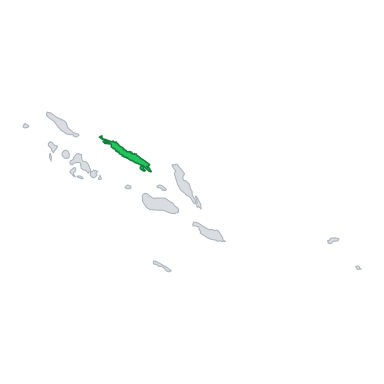 Isabel highlighted on a map of Solomon Islands
{"feature_id": "SLB-1264", "entity_name": "Isabel", "entity_type": "Province", "adm_level": 1, "iso_a3": "SLB", "parent_name": "Solomon Islands", "parent_adm1": "", "projection": "orthographic", "projection_center": [158.985, -7.976], "detail": "fine", "context": "in_parent", "style": "filled", "palette": "green", "viewbox_px": 384, "rotation_deg": 0, "n_neighbors": 0, "source": "natural_earth", "source_scale": "10m", "svg_char_len": 7466}
<svg xmlns="http://www.w3.org/2000/svg" viewBox="0 0 384 384"><path d="M146.6,193.5L153.3,198.4L156.1,198.0L164.9,198.1L170.0,201.6L173.0,203.3L174.7,206.4L176.8,207.1L178.1,208.7L178.8,211.7L175.6,213.2L173.7,213.7L168.6,212.6L163.8,210.3L154.2,210.0L149.7,209.4L148.2,208.5L146.7,207.4L144.5,204.6L142.7,201.4L142.4,199.6L142.3,196.0L142.8,194.7L144.7,193.4L146.6,193.5ZM176.9,164.2L184.4,173.4L184.1,175.0L183.1,176.1L182.8,179.1L183.7,180.3L185.8,180.8L189.2,184.1L190.7,189.4L192.1,191.2L192.2,195.0L195.4,200.3L195.7,202.9L195.4,204.0L194.0,203.4L190.1,197.3L185.6,194.7L185.1,193.6L180.6,190.1L177.5,184.1L174.3,173.6L175.8,171.1L172.1,166.0L172.3,164.7L175.0,164.9L175.5,164.3L176.9,164.2ZM149.6,168.7L150.6,171.6L146.5,169.0L143.5,165.9L134.7,162.5L132.8,160.7L131.2,160.5L126.7,157.7L122.2,155.8L118.8,152.3L117.2,151.7L114.4,148.9L111.7,147.1L110.8,143.8L108.1,141.6L107.5,140.6L115.9,142.4L119.8,146.0L123.1,148.1L124.3,149.5L127.3,151.6L129.9,151.7L132.6,153.8L135.1,154.3L137.0,155.4L149.5,164.5L148.0,167.0L149.6,168.7ZM205.7,227.9L209.5,229.7L211.7,229.4L214.9,230.7L217.4,230.0L218.9,231.6L222.8,237.9L222.8,239.9L225.3,241.3L223.2,241.6L220.2,240.8L217.8,241.3L215.4,240.1L211.3,239.4L207.8,238.0L200.3,233.3L200.4,231.0L199.2,229.9L198.8,227.0L196.2,226.1L193.0,225.9L192.8,224.6L193.4,222.2L195.7,222.2L198.5,223.2L205.7,227.9ZM78.0,134.1L79.0,135.2L76.6,137.0L73.5,136.0L72.8,134.4L70.6,134.8L66.3,133.9L60.3,129.6L53.9,121.4L47.8,116.8L46.6,115.4L46.5,113.1L47.3,112.1L51.1,113.1L56.0,116.8L64.1,120.7L66.3,122.7L67.7,127.5L69.1,128.9L73.4,132.6L78.0,134.1ZM86.5,162.0L88.4,164.5L90.6,170.1L90.2,172.0L88.6,172.1L88.2,173.3L86.1,170.6L83.2,169.9L81.2,168.2L80.3,162.9L78.6,162.5L74.0,163.0L72.5,164.8L70.4,164.3L69.9,162.7L70.3,161.1L73.1,159.5L73.6,157.6L76.4,154.1L78.2,153.5L81.5,154.8L81.9,159.6L83.1,161.2L86.5,162.0ZM171.2,270.8L169.1,271.9L167.2,271.3L165.7,270.5L164.6,268.2L162.0,266.7L158.4,266.1L156.5,264.5L154.0,264.1L153.3,262.8L153.5,261.5L153.9,260.8L156.3,261.4L167.4,267.7L171.2,270.8ZM53.8,152.3L53.3,152.8L52.2,151.1L51.5,150.6L51.5,148.8L48.4,145.8L48.2,143.7L49.9,141.7L52.3,142.8L54.7,145.4L57.5,146.2L56.9,147.9L54.4,150.9L53.8,152.3ZM69.1,157.1L67.9,158.4L64.6,158.2L62.0,155.1L62.1,152.8L64.0,150.6L66.4,150.2L67.7,151.0L68.9,152.8L69.4,155.1L69.1,157.1ZM96.9,175.5L94.0,177.9L91.8,177.1L90.0,175.0L90.9,171.9L92.7,171.2L93.6,170.1L96.9,171.0L97.7,171.6L95.7,173.1L96.8,174.3L96.9,175.5ZM338.0,240.8L333.0,241.4L331.1,243.5L328.5,243.3L327.7,241.4L327.7,240.6L329.1,240.7L329.8,239.0L331.3,238.1L334.8,237.8L338.9,238.8L337.9,240.4L338.0,240.8ZM200.8,204.5L201.0,208.9L198.7,206.5L197.6,207.4L196.7,206.2L196.9,201.1L195.4,196.2L196.6,196.6L200.8,204.5ZM75.2,176.5L75.2,176.9L73.5,176.0L69.8,171.9L70.5,170.5L73.8,167.8L74.9,167.5L75.8,169.1L75.0,171.6L73.9,172.2L73.5,174.5L75.2,176.5ZM159.3,185.0L161.8,185.4L166.5,189.5L165.4,190.7L163.2,190.1L162.5,190.4L161.8,189.0L159.5,187.8L157.4,187.6L157.1,186.2L159.3,185.0ZM129.6,188.9L126.1,188.5L125.0,187.4L126.3,185.9L127.9,184.9L129.3,185.8L130.8,186.0L131.0,188.0L129.6,188.9ZM28.0,127.2L24.9,128.0L23.0,127.0L23.9,124.7L24.9,123.5L28.7,125.6L28.0,127.2ZM144.8,170.1L143.3,170.5L141.2,169.4L140.3,168.3L140.7,166.7L142.0,166.1L143.4,167.2L143.5,168.3L144.8,170.1ZM361.0,269.0L358.3,269.4L357.3,269.3L355.6,266.6L356.9,266.0L358.8,266.3L359.4,267.8L361.0,269.0ZM83.0,177.8L82.9,178.9L81.2,178.6L77.3,177.0L77.1,176.2L79.3,175.9L80.9,176.1L83.0,177.8ZM51.6,157.7L51.0,160.7L49.4,157.0L49.7,153.8L50.3,153.5L51.6,157.7ZM101.4,178.9L99.1,179.8L98.4,178.6L100.0,175.3L101.4,178.9Z" fill="#d9dde1" stroke="#a8b0b8" stroke-width="1"/><path d="M150.0,170.2L150.9,170.9L151.2,171.4L150.8,171.8L150.5,171.7L149.6,171.1L149.4,171.1L149.1,171.2L148.9,171.1L148.7,170.8L148.6,170.6L148.1,170.4L147.7,169.8L147.1,169.6L146.9,169.4L146.5,168.8L145.5,168.1L145.2,167.8L145.2,167.5L145.2,167.2L144.7,166.9L144.4,166.7L142.9,165.5L140.4,164.9L139.3,164.3L138.6,164.0L137.9,163.4L137.4,163.1L136.9,163.0L136.5,163.1L135.5,162.5L134.9,162.4L134.4,162.5L134.1,161.8L133.8,161.4L133.5,161.3L133.1,161.2L132.7,161.1L132.4,160.8L132.3,160.4L131.7,160.6L131.0,160.5L130.4,160.2L127.6,158.1L127.4,158.1L126.9,158.1L126.7,158.1L126.6,157.9L126.6,157.6L126.6,157.4L126.3,157.2L126.2,157.3L126.1,157.5L125.9,157.5L125.1,157.1L124.9,157.0L124.4,157.1L124.2,157.1L124.1,156.6L124.0,156.4L123.7,156.3L123.4,156.2L123.2,155.6L122.4,156.0L122.3,155.4L122.0,154.9L121.6,154.6L121.0,154.5L119.3,153.7L119.1,152.5L118.8,152.0L118.3,152.1L117.4,151.9L117.0,151.6L117.2,151.2L116.9,150.8L116.6,150.6L116.3,150.6L116.0,151.0L115.7,150.6L115.3,149.5L115.0,149.1L114.5,148.7L114.0,148.5L113.4,148.7L113.2,148.1L111.8,147.4L111.4,147.0L111.2,146.6L111.2,146.3L111.3,146.0L111.3,145.6L111.3,144.4L109.0,142.4L107.4,141.5L107.1,141.1L107.1,140.5L107.3,140.2L107.8,140.3L108.4,140.6L111.4,141.7L111.7,141.8L112.0,141.8L112.2,141.5L112.6,141.2L113.0,141.3L113.1,141.2L113.3,141.1L113.7,141.7L114.1,142.1L115.3,142.6L115.4,142.4L115.6,142.2L115.8,142.0L116.0,141.9L116.4,142.1L116.6,142.4L116.7,142.8L116.9,143.1L117.5,143.7L117.8,143.9L118.1,144.0L118.3,144.2L118.8,145.1L119.3,145.5L119.8,146.1L120.1,146.4L120.4,146.6L121.5,147.0L122.1,147.3L123.0,148.1L123.6,148.5L123.3,149.1L123.6,149.6L124.0,149.9L124.5,149.7L125.7,150.2L126.0,150.5L126.2,150.8L126.3,151.3L126.5,151.6L127.0,151.4L127.8,152.0L128.5,151.7L129.0,151.6L129.6,151.6L130.3,151.8L129.9,152.0L130.0,152.3L130.3,152.5L130.6,152.7L131.1,152.7L131.4,152.8L131.5,153.1L131.7,153.5L132.2,153.1L132.5,153.4L132.8,153.9L133.1,154.1L134.1,154.2L134.5,154.1L134.6,153.7L135.2,154.0L135.4,154.1L135.7,154.3L136.2,154.0L136.5,154.3L136.7,155.0L137.0,155.5L137.5,155.9L138.4,156.3L138.8,156.7L139.2,156.8L139.3,156.9L139.4,157.2L139.4,157.3L140.8,158.4L143.6,160.1L149.5,164.5L149.6,164.8L148.9,165.5L148.3,166.4L148.1,166.5L147.8,166.4L147.5,166.3L147.1,166.3L146.9,166.5L147.4,167.0L147.6,167.6L147.9,167.6L148.2,167.4L148.4,167.1L148.7,167.4L149.6,168.7L149.9,169.1L149.9,169.6L150.0,170.2ZM144.8,170.1L145.2,170.4L145.1,170.6L144.8,170.9L144.5,171.1L144.2,171.1L143.9,171.1L143.6,170.9L143.2,170.7L142.5,170.1L142.2,169.5L141.9,169.4L141.5,169.7L141.1,169.2L140.6,168.9L140.3,168.6L140.2,167.8L140.5,167.0L140.9,166.4L141.5,166.2L142.3,166.1L143.2,166.3L143.5,166.8L143.4,168.2L143.5,168.9L143.9,169.3L144.8,170.1ZM108.3,142.6L108.8,142.8L109.3,143.2L109.6,143.7L109.5,144.0L109.0,144.1L108.6,143.8L108.2,143.4L108.0,143.0L107.7,143.4L107.1,143.3L105.9,142.6L106.0,142.9L106.4,143.6L106.1,143.6L105.3,143.4L104.6,143.4L104.6,143.2L104.5,142.8L104.2,142.4L103.5,142.2L103.4,142.1L103.3,141.9L103.2,141.6L103.3,141.6L103.6,141.6L104.1,141.7L104.3,141.7L104.3,141.8L104.6,141.9L104.8,141.8L104.6,141.4L104.8,141.1L105.1,141.1L105.3,141.3L105.7,141.5L106.4,141.7L106.8,142.1L107.3,142.4L107.9,142.5L108.3,142.6ZM104.7,140.7L104.4,140.4L104.2,140.1L103.8,139.8L102.9,139.6L102.3,139.1L101.9,139.0L101.7,138.9L101.6,138.5L101.7,138.2L102.0,138.2L102.3,138.4L102.6,138.5L102.9,138.7L103.0,139.0L103.4,138.9L103.8,139.0L104.5,139.6L104.9,139.3L105.5,139.4L106.2,139.7L106.8,140.1L106.5,140.2L106.3,140.4L106.2,140.7L106.4,141.1L105.0,140.8L104.7,140.7ZM102.2,136.5L102.1,136.8L102.0,137.1L102.0,137.4L102.0,137.8L101.5,137.5L101.4,137.3L101.1,138.4L100.7,138.1L100.5,137.7L100.1,137.4L99.5,137.3L99.5,137.1L99.9,136.7L100.1,136.7L100.4,136.8L101.2,136.0L101.8,135.9L101.8,136.7L102.1,136.6L102.2,136.5Z" fill="#22c55e" stroke="#15803d" stroke-width="1.5"/></svg>